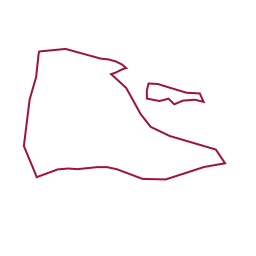 the border of Kaskazini-Unguja, rotated 101°
{"feature_id": "TZA-3383", "entity_name": "Kaskazini-Unguja", "entity_type": "Region", "adm_level": 1, "iso_a3": "TZA", "parent_name": "United Republic of Tanzania", "parent_adm1": "", "projection": "orthographic", "projection_center": [39.264, -5.876], "detail": "fine", "context": "isolated", "style": "outline", "palette": "rose", "viewbox_px": 256, "rotation_deg": 101, "n_neighbors": 0, "source": "natural_earth", "source_scale": "10m", "svg_char_len": 677}
<svg xmlns="http://www.w3.org/2000/svg" viewBox="0 0 256 256"><g transform="rotate(101 128 128)"><path d="M69.8,229.7L62.3,204.4L65.1,168.1L64.4,160.2L65.0,152.6L66.8,146.0L69.5,141.2L71.4,144.7L76.4,151.3L78.3,154.9L89.0,137.4L112.0,118.2L122.6,105.9L127.9,85.5L132.4,37.7L144.1,26.0L151.7,45.8L171.3,81.2L175.2,103.9L170.6,131.1L170.4,141.2L172.4,151.2L178.0,169.6L179.2,179.1L182.1,189.2L193.7,208.3L190.1,210.5L165.5,226.8L118.8,230.0L95.5,227.9L72.2,229.9L69.8,229.7ZM87.9,58.8L87.5,67.7L90.6,79.2L95.9,87.1L91.5,93.8L95.5,102.2L95.5,115.0L87.5,116.7L80.4,116.3L79.1,107.0L80.4,95.5L82.2,77.4L80.4,64.1L87.9,58.8Z" fill="none" stroke="#9f1239" stroke-width="2"/></g></svg>